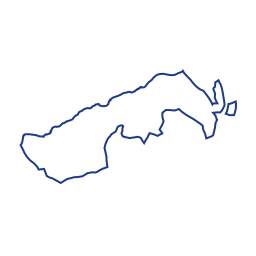 Kota Gunungsitoli, Sumatera Utara, Indonesia (Albers equal-area conic projection), rotated 280°
{"feature_id": "22746128B74256869593133", "entity_name": "Kota Gunungsitoli", "entity_type": "district", "adm_level": 2, "iso_a3": "IDN", "parent_name": "Indonesia", "parent_adm1": "Sumatera Utara", "projection": "albers", "projection_center": [97.596, 1.252], "detail": "fine", "context": "isolated", "style": "outline", "palette": "blue", "viewbox_px": 256, "rotation_deg": 280, "n_neighbors": 0, "source": "geoboundaries", "source_scale": "gbopen_adm2", "svg_char_len": 5614}
<svg xmlns="http://www.w3.org/2000/svg" viewBox="0 0 256 256"><g transform="rotate(280 128 128)"><path d="M193.8,172.1L193.6,172.0L192.6,171.2L192.4,170.8L191.8,169.9L190.6,167.7L189.6,166.6L189.2,166.0L188.8,165.3L188.4,164.5L188.0,163.4L187.7,162.2L187.6,161.5L187.5,160.5L187.4,158.2L187.5,154.9L187.5,153.6L187.4,152.8L187.3,152.5L187.2,152.3L187.2,152.0L186.9,150.7L186.7,150.3L186.6,149.8L186.3,149.1L185.4,147.6L184.9,146.9L184.4,146.3L183.2,145.3L182.6,144.8L182.1,144.5L181.7,144.2L181.1,143.9L180.3,143.5L179.7,143.2L179.4,142.8L179.1,142.5L178.4,142.1L178.0,141.8L176.8,140.6L175.9,139.9L175.1,139.5L174.7,139.4L174.2,139.1L173.3,138.6L172.7,138.3L172.0,137.9L171.4,137.3L170.9,136.8L170.8,136.6L170.5,135.4L170.5,135.0L170.3,134.7L170.4,134.3L170.5,134.2L170.7,133.9L170.7,133.4L170.6,133.2L170.3,133.1L169.7,132.9L169.4,132.6L169.3,132.4L169.1,132.3L169.0,131.9L168.7,131.9L168.1,131.4L168.0,131.2L168.0,130.6L167.9,130.5L167.5,130.3L167.3,129.8L167.2,129.7L166.7,129.5L166.5,129.4L166.0,128.9L165.7,128.5L165.4,128.4L165.2,127.8L165.0,127.7L164.6,127.2L163.9,126.0L163.8,125.9L163.6,125.5L163.5,125.1L163.5,124.9L163.8,124.3L163.8,123.3L163.8,122.8L163.7,122.4L163.2,121.3L162.8,120.6L161.7,117.8L161.1,116.7L160.5,116.2L159.7,115.1L159.4,114.9L159.3,114.5L158.5,113.4L157.6,112.1L157.5,111.9L157.3,111.5L156.8,110.7L156.5,110.0L156.3,109.6L156.1,109.2L155.8,108.8L155.2,107.8L154.9,107.5L154.5,107.1L153.8,106.5L153.3,105.7L153.1,105.6L152.8,105.7L152.6,105.8L152.2,105.9L152.1,105.6L151.9,105.4L151.9,105.2L151.5,104.8L151.3,104.8L151.1,104.8L150.8,104.8L150.2,104.7L149.7,104.6L149.4,104.4L149.2,104.4L149.0,104.5L148.6,104.5L148.1,104.3L147.6,104.1L146.8,103.6L146.3,103.1L146.1,102.8L146.0,102.5L145.9,101.9L145.7,101.5L145.5,101.2L145.4,101.1L145.4,100.8L145.4,100.4L145.1,99.6L145.1,99.1L145.1,98.6L145.1,98.3L145.2,97.9L145.1,96.8L145.2,96.6L145.3,96.5L145.5,96.1L145.8,95.6L145.9,95.4L146.3,95.2L146.5,95.1L146.6,94.8L146.5,94.6L146.1,93.8L146.0,93.5L145.9,93.4L145.9,93.1L145.8,92.6L145.6,92.3L145.3,91.8L145.1,91.8L144.9,91.8L144.6,91.3L144.3,91.2L144.0,90.7L143.7,90.1L143.5,89.7L143.0,89.1L142.4,88.7L141.9,88.6L141.7,88.5L141.0,87.6L140.8,87.2L140.6,86.6L140.6,86.2L140.7,85.2L140.5,84.4L140.3,83.9L140.0,83.5L139.8,83.1L139.6,82.9L139.4,82.3L139.2,81.9L138.5,81.1L138.1,80.6L137.5,80.2L137.4,80.0L137.1,79.8L136.9,79.5L136.7,79.4L136.4,78.7L135.8,78.1L135.7,77.8L135.6,77.5L135.3,77.3L135.0,77.1L134.8,76.9L134.0,76.6L133.4,76.5L133.1,76.5L132.5,76.2L131.8,75.5L131.5,74.9L131.4,74.6L131.1,74.3L129.9,73.4L129.4,73.1L129.0,72.9L128.2,72.4L127.0,71.8L126.8,71.6L126.5,71.3L126.2,70.8L125.9,70.3L125.6,69.9L125.4,69.4L125.0,68.9L124.8,68.5L124.6,67.7L124.3,67.3L123.6,66.0L123.5,65.9L123.1,65.8L122.9,65.7L122.9,65.4L121.7,64.1L121.6,63.5L121.5,63.2L121.4,63.1L120.9,62.6L120.5,62.2L120.4,62.2L120.2,62.1L119.7,61.8L119.6,61.7L119.2,61.4L118.9,61.1L118.2,60.6L117.9,60.3L117.5,59.8L117.2,58.8L117.2,58.6L116.9,57.9L116.9,57.5L116.7,57.3L116.7,57.1L116.8,56.9L116.8,56.5L116.8,56.3L116.2,55.1L116.0,54.7L115.9,54.6L115.5,54.2L115.2,53.9L115.0,53.6L114.9,53.5L114.7,53.5L114.6,53.4L114.4,53.4L113.5,53.1L113.4,53.1L112.9,53.0L112.6,53.0L111.9,52.5L111.6,52.3L111.4,52.3L111.2,52.4L110.9,52.6L110.8,52.8L110.7,52.8L110.3,52.4L110.0,52.2L109.9,52.3L109.6,52.4L109.4,52.4L109.2,52.2L108.7,51.4L108.5,51.0L108.4,50.8L108.3,50.7L108.0,50.0L107.4,49.2L107.4,48.8L107.5,48.9L107.6,48.4L107.1,47.7L106.8,47.4L106.2,47.0L105.7,46.7L105.2,46.5L104.8,46.5L104.6,46.3L104.6,46.1L104.8,45.9L105.0,45.6L104.9,45.2L104.6,43.9L104.5,43.5L104.4,42.2L104.5,41.2L105.0,39.2L104.9,37.8L104.9,35.4L104.8,33.1L104.5,30.5L104.4,29.7L104.3,29.4L104.1,28.7L103.7,27.3L103.5,27.1L103.3,27.1L103.1,27.1L102.8,27.0L102.8,26.8L102.8,26.6L102.6,26.4L102.3,26.3L101.6,26.3L98.4,26.3L96.9,26.3L95.4,26.2L94.4,26.0L93.4,25.7L92.5,25.2L89.6,27.5L85.7,30.2L82.2,33.3L79.1,37.3L76.8,41.7L74.0,45.4L71.6,47.2L72.6,50.8L73.2,52.4L66.6,56.4L65.6,59.6L65.2,62.7L62.2,71.3L64.3,73.6L67.2,77.0L68.7,80.4L70.1,83.3L71.0,87.0L72.5,91.4L76.7,96.3L77.0,97.5L77.5,98.6L78.1,100.2L78.2,101.2L78.4,102.7L78.7,104.0L79.2,104.8L80.4,106.3L81.3,107.3L82.3,108.6L83.7,110.4L84.2,111.5L84.6,112.1L84.9,112.7L85.6,113.8L85.9,114.5L88.5,113.7L91.9,112.6L96.2,111.7L104.4,108.3L108.1,108.6L110.6,109.1L112.9,109.7L115.4,110.7L116.2,111.5L117.8,112.2L119.2,113.0L122.4,116.5L124.0,117.0L126.2,117.3L127.7,118.0L129.1,120.1L129.6,121.7L128.9,122.9L126.5,122.6L124.4,123.0L121.6,122.5L120.3,123.3L118.9,124.3L118.6,126.0L118.5,128.0L118.4,131.6L121.1,139.4L120.5,142.4L118.3,144.1L115.9,146.5L118.5,147.3L122.2,148.9L125.4,149.7L126.7,150.2L126.3,154.2L125.4,158.6L127.1,160.6L128.5,162.7L129.0,162.5L132.0,159.4L136.1,160.8L140.5,161.9L144.9,160.0L146.4,159.6L148.2,159.4L149.1,159.3L152.3,162.2L153.0,166.6L153.3,170.8L155.5,174.8L153.1,178.7L151.1,182.9L148.1,191.1L144.5,198.9L143.3,201.1L139.4,202.4L135.7,204.9L131.4,206.9L133.0,209.6L134.5,212.0L135.6,213.1L143.7,213.6L147.9,213.3L151.6,214.3L151.8,214.0L155.5,211.9L157.8,209.2L158.9,213.1L159.4,216.2L161.5,217.4L165.7,218.8L167.3,219.1L170.1,218.4L174.3,216.9L178.3,215.5L182.3,214.0L186.1,212.2L189.5,209.6L190.7,208.8L188.1,206.1L183.7,206.5L182.0,205.2L180.7,205.5L177.1,207.8L172.8,208.2L169.3,210.5L167.8,211.7L167.0,207.7L165.8,207.1L168.6,205.1L171.8,202.2L174.8,199.1L177.7,195.8L178.8,191.6L181.0,187.7L183.7,184.1L186.6,180.9L189.1,177.4L191.8,173.8L193.8,172.1ZM161.5,222.6L159.0,221.8L158.3,226.0L159.1,230.2L161.5,230.5L165.7,230.8L169.9,230.3L172.8,229.5L172.0,228.3L169.7,224.6L169.1,222.8L165.7,222.8L161.5,222.6Z" fill="none" stroke="#1e3a8a" stroke-width="2"/></g></svg>